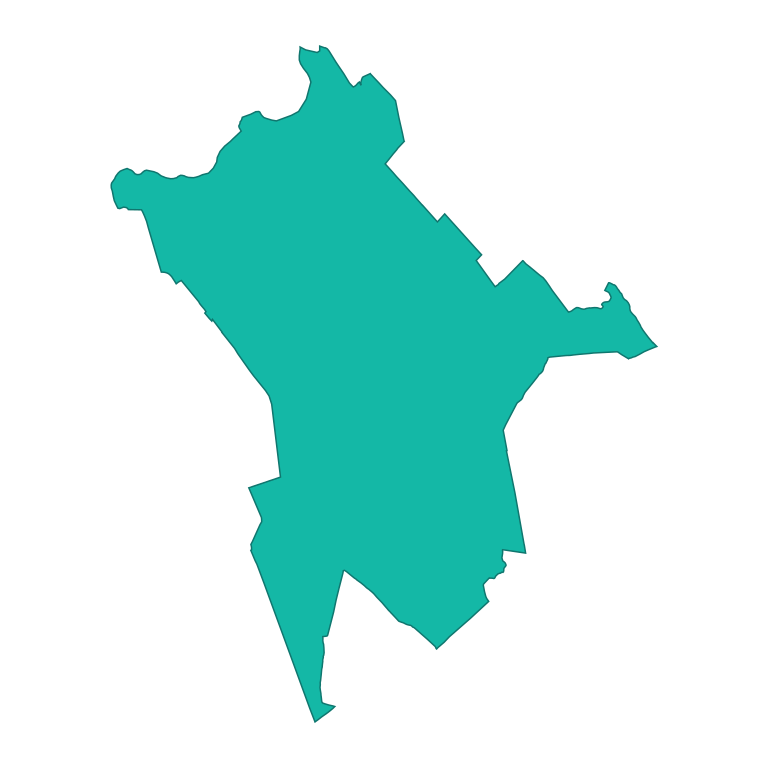 Buturugeni, Giurgiu, Romania (Robinson projection), rotated 270°
{"feature_id": "2599482B72112138789646", "entity_name": "Buturugeni", "entity_type": "district", "adm_level": 2, "iso_a3": "ROU", "parent_name": "Romania", "parent_adm1": "Giurgiu", "projection": "robinson", "projection_center": [25.814, 44.343], "detail": "fine", "context": "isolated", "style": "filled", "palette": "teal", "viewbox_px": 768, "rotation_deg": 270, "n_neighbors": 0, "source": "geoboundaries", "source_scale": "gbopen_adm2", "svg_char_len": 6145}
<svg xmlns="http://www.w3.org/2000/svg" viewBox="0 0 768 768"><g transform="rotate(270 384 384)"><path d="M409.2,628.6L409.6,628.8L410.0,630.7L410.3,631.7L410.8,632.6L411.5,635.3L412.3,636.8L413.9,639.9L416.3,644.1L418.3,648.7L421.0,655.3L421.5,656.8L425.4,653.0L425.2,652.8L430.8,648.2L434.9,645.1L437.9,642.9L441.1,640.9L442.7,640.3L443.8,639.7L445.7,638.6L448.0,637.1L450.1,636.1L451.4,635.2L454.1,632.5L456.2,630.8L457.5,630.2L459.4,629.8L461.5,629.8L463.1,629.3L465.1,628.3L467.2,626.6L468.6,624.5L470.3,623.1L474.2,621.6L475.6,620.1L477.7,618.8L479.4,617.4L480.7,616.7L482.3,615.5L482.9,614.7L483.1,614.4L483.2,613.6L483.4,613.0L483.9,612.3L485.2,609.6L485.2,608.6L477.6,604.8L477.1,605.7L476.2,607.7L475.6,608.6L474.8,609.3L471.6,610.8L470.9,611.0L469.9,611.0L467.5,609.7L466.8,609.1L466.4,608.2L466.2,607.3L466.0,604.9L465.6,603.7L465.0,602.8L463.7,601.7L463.3,601.7L461.8,603.0L461.4,603.1L460.5,602.7L459.7,601.9L459.4,601.3L459.3,600.8L459.4,600.2L459.7,598.9L460.1,597.9L460.3,596.7L460.4,594.4L460.0,590.4L460.1,589.4L459.9,588.4L459.6,586.5L458.9,584.7L458.8,583.6L459.2,581.3L459.7,580.1L460.3,578.4L460.4,577.5L460.4,576.5L459.9,575.6L458.4,573.3L457.1,571.7L456.8,571.1L456.1,569.3L456.1,568.6L456.0,568.4L477.2,552.5L480.0,550.6L481.3,549.8L487.1,545.8L490.3,543.1L492.9,539.6L500.3,530.7L504.2,525.8L507.2,523.1L507.3,522.7L488.8,504.6L484.6,499.0L484.1,498.7L483.4,498.3L483.0,497.6L481.3,495.1L486.6,491.2L507.5,476.2L513.2,481.6L520.4,475.0L554.1,444.7L548.7,439.8L546.1,437.4L562.8,422.5L562.7,422.4L569.8,416.1L572.2,414.1L577.0,409.6L584.4,403.0L591.3,396.6L595.8,392.7L604.1,385.2L610.8,390.6L613.6,392.8L618.2,396.7L619.7,397.7L626.7,404.3L627.2,404.0L634.5,402.5L650.3,398.9L663.4,396.3L667.4,395.5L673.1,390.5L680.5,383.1L684.7,379.3L694.0,370.5L694.4,370.3L691.5,363.9L691.1,363.1L690.6,362.5L689.7,362.1L688.4,361.6L685.5,360.8L684.7,360.8L683.4,361.1L683.2,360.8L686.0,359.3L685.3,358.6L685.3,358.3L682.8,356.1L682.0,355.1L681.0,353.3L681.5,352.7L683.2,351.1L685.0,349.4L694.1,343.9L702.2,338.4L706.1,335.8L716.9,329.1L717.8,328.4L719.1,327.3L719.4,326.9L720.2,325.4L720.2,324.6L721.9,319.7L717.1,319.7L715.5,317.2L718.1,305.7L721.0,300.1L719.0,300.2L715.8,299.7L712.2,299.3L708.0,299.3L704.2,300.6L699.6,303.5L694.6,307.4L690.7,309.4L685.9,310.9L668.8,306.3L656.5,298.6L652.6,291.3L647.1,276.4L647.9,271.8L649.6,266.1L650.5,263.8L652.2,262.1L653.5,261.1L655.9,259.8L656.5,258.8L656.3,255.8L653.8,250.8L650.7,242.3L648.9,241.8L647.4,241.2L646.3,240.2L644.3,239.9L642.0,238.8L640.3,239.2L636.9,241.2L629.1,232.9L626.5,230.3L621.9,224.7L616.6,220.1L610.6,217.3L606.0,216.7L599.8,213.3L594.8,208.5L593.3,202.5L591.7,198.9L590.8,195.9L590.3,193.5L590.4,191.5L590.6,188.4L591.3,185.9L592.1,184.4L592.6,182.3L592.7,180.6L591.5,178.1L590.3,176.8L589.4,173.3L589.3,170.6L590.0,166.9L590.5,165.1L591.1,163.8L591.8,161.9L592.3,160.9L594.8,157.6L596.3,153.8L597.8,146.5L597.2,144.5L595.8,142.7L594.2,141.1L593.5,139.4L593.4,137.0L594.2,135.0L596.1,133.3L597.3,132.0L598.0,130.8L598.4,129.5L599.5,127.1L598.3,123.5L596.9,120.3L595.1,118.3L592.1,116.0L590.6,115.2L589.4,114.8L584.9,111.6L583.0,111.2L580.1,111.3L577.0,112.3L571.2,113.4L567.3,114.3L563.0,116.3L559.8,117.9L559.4,119.7L560.9,123.6L560.4,126.6L558.7,128.3L558.4,128.4L558.2,141.5L556.0,142.7L552.0,144.5L546.6,146.6L540.3,148.3L495.9,161.3L495.9,162.2L495.7,164.5L495.4,165.8L494.9,167.3L494.3,168.5L493.5,169.5L492.8,170.3L491.3,171.7L486.7,174.7L484.2,176.2L486.0,178.5L487.5,181.3L466.3,198.7L464.4,199.7L462.5,201.2L458.6,204.5L456.3,206.0L454.9,204.8L449.5,209.3L446.9,211.8L448.6,212.5L436.0,222.0L435.7,221.8L419.6,234.6L414.3,237.8L397.4,249.7L392.3,253.5L377.3,265.6L372.0,269.1L363.8,271.7L290.9,280.5L280.2,248.8L250.6,261.4L249.0,261.6L246.2,261.7L244.9,260.9L243.1,259.9L226.2,252.3L223.6,250.9L221.0,251.5L218.2,251.6L217.7,250.8L207.4,255.1L203.8,256.9L185.4,263.8L105.6,293.0L59.8,309.7L46.1,315.0L48.4,318.2L51.0,321.5L55.3,327.6L57.9,330.9L59.5,332.8L61.5,334.8L62.0,333.2L63.0,328.8L64.1,325.1L64.9,322.9L65.3,322.3L65.8,322.0L66.9,321.7L70.6,321.3L72.8,321.0L74.5,320.9L78.1,320.3L80.5,320.0L83.2,320.3L85.3,320.2L87.6,320.6L92.4,321.1L94.3,321.3L98.8,321.7L101.0,322.2L103.5,322.4L106.7,322.8L108.0,322.7L110.6,323.3L111.2,323.3L111.8,323.2L112.7,323.7L115.3,324.1L120.1,323.9L122.5,323.7L123.7,323.6L125.3,323.1L127.6,322.8L129.0,322.9L131.4,322.8L131.8,326.1L132.0,326.8L132.2,327.3L133.0,327.7L155.9,333.6L167.9,336.1L180.1,339.1L194.8,342.9L197.3,343.3L197.7,344.4L197.5,344.8L196.3,346.6L191.6,352.3L189.9,354.4L188.9,356.0L188.0,356.9L185.1,361.0L182.4,364.3L180.4,366.4L179.6,367.4L178.7,368.8L177.3,370.4L176.6,371.3L174.4,373.7L170.8,376.8L165.5,381.9L161.5,385.3L159.7,386.9L157.6,388.6L156.4,389.9L155.2,390.9L153.8,392.3L152.7,393.3L150.8,395.1L147.1,398.5L146.7,399.0L145.9,401.1L145.2,403.3L143.7,406.3L143.4,407.2L142.9,409.1L142.7,410.5L142.4,411.0L142.1,411.6L141.2,412.4L140.9,412.8L140.5,413.8L140.3,414.2L128.8,427.3L121.7,435.0L121.0,435.5L119.7,436.0L119.4,436.2L119.0,436.6L120.6,438.1L122.0,439.8L125.8,444.2L131.3,449.4L150.1,470.9L166.6,488.7L169.5,486.7L171.5,485.8L176.4,484.5L182.3,483.4L182.9,483.3L183.6,483.5L184.0,483.6L190.0,489.2L189.8,489.4L189.9,490.9L189.7,492.9L189.5,493.6L189.6,494.2L190.2,494.9L191.2,495.3L192.5,496.2L192.8,496.7L193.8,497.5L194.7,499.5L194.9,500.7L195.7,501.6L195.8,501.9L195.8,502.2L195.6,502.9L196.2,503.5L197.8,503.8L198.9,503.8L199.6,503.9L202.4,506.0L202.6,506.0L203.5,505.9L205.0,505.2L205.9,504.4L206.3,503.8L207.1,502.8L210.1,501.9L214.5,502.6L216.6,502.7L217.3,502.5L218.1,502.5L218.3,502.6L214.9,525.6L222.4,524.4L224.1,524.0L275.3,514.9L317.2,506.4L317.4,507.0L337.8,503.2L343.3,505.7L364.5,516.8L365.4,517.5L366.1,518.5L368.4,521.4L369.9,522.4L373.0,523.6L374.6,524.5L375.5,524.9L385.1,532.7L391.1,537.4L392.8,538.6L393.1,538.8L393.6,538.9L394.3,540.2L395.1,541.1L396.2,542.1L397.0,542.7L398.7,543.4L400.0,543.6L404.2,545.2L404.5,545.7L408.7,547.7L410.3,547.9L410.9,549.7L412.5,566.3L412.6,570.0L413.0,573.0L413.7,579.5L414.5,589.1L415.0,593.3L415.9,610.9L416.2,617.3L415.6,618.4L413.4,621.6L409.2,628.6Z" fill="#14b8a6" stroke="#0f766e" stroke-width="1.5"/></g></svg>